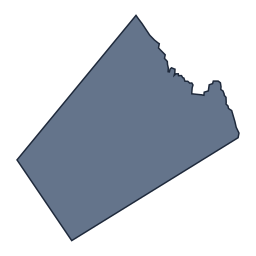 outline of Ngeruliang, Melekeok, Palau
{"feature_id": "81905179B10053567804267", "entity_name": "Ngeruliang", "entity_type": "district", "adm_level": 2, "iso_a3": "PLW", "parent_name": "Palau", "parent_adm1": "Melekeok", "projection": "equal_earth", "projection_center": [134.631, 7.506], "detail": "fine", "context": "isolated", "style": "filled", "palette": "slate", "viewbox_px": 256, "rotation_deg": 0, "n_neighbors": 0, "source": "geoboundaries", "source_scale": "gbopen_adm2", "svg_char_len": 868}
<svg xmlns="http://www.w3.org/2000/svg" viewBox="0 0 256 256"><path d="M17.0,159.9L71.7,240.6L238.1,137.7L239.0,133.1L236.2,127.3L234.9,121.6L232.8,114.4L231.7,110.6L228.5,108.5L228.0,106.0L226.0,104.0L226.2,102.5L226.0,97.3L224.3,95.4L224.1,93.9L223.0,91.0L220.8,89.5L221.0,86.7L220.4,82.8L218.2,81.1L213.3,81.1L212.6,83.6L209.2,84.8L208.3,90.9L204.2,92.2L203.9,95.3L201.6,94.8L196.4,94.3L191.8,93.8L191.8,92.2L192.2,87.7L193.0,85.0L191.8,83.0L189.7,83.1L187.8,81.3L184.9,81.2L183.9,78.1L182.6,77.6L181.5,75.6L180.3,75.6L178.5,75.7L178.3,73.8L176.0,73.8L174.2,75.4L174.8,73.0L175.0,69.2L173.9,68.8L171.5,67.8L170.0,69.2L169.4,71.9L168.1,71.7L168.3,68.0L167.5,64.5L167.3,61.4L164.5,58.4L165.2,54.8L158.5,48.0L159.3,43.7L158.0,42.9L154.5,40.1L149.8,35.3L146.2,29.9L142.1,23.7L138.4,18.8L136.0,15.4L17.0,159.9Z" fill="#64748b" stroke="#1e293b" stroke-width="1.5"/></svg>